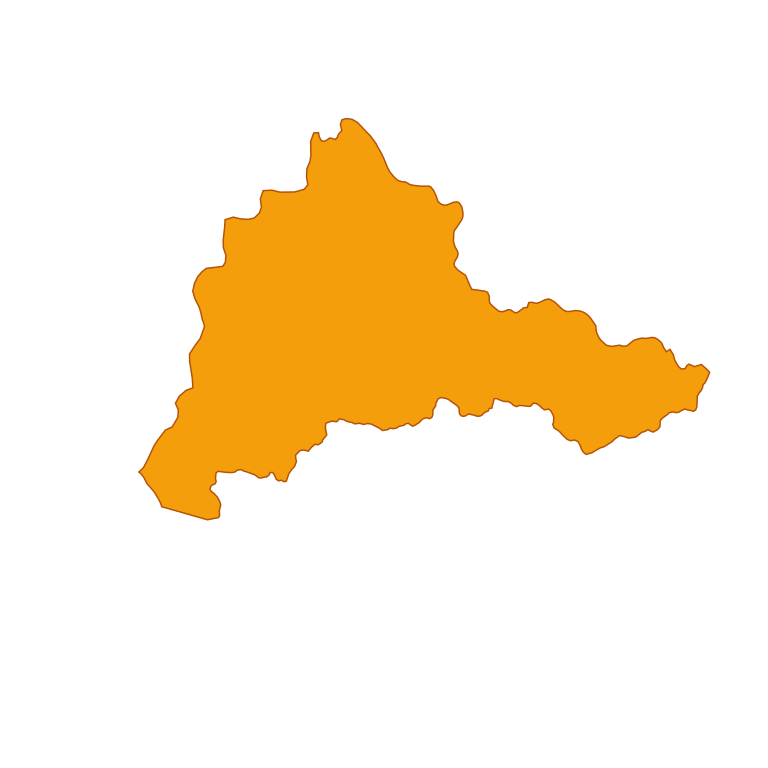 outline of Terra Santa, Pará, Brazil, rotated 137°
{"feature_id": "56859067B55626179561837", "entity_name": "Terra Santa", "entity_type": "district", "adm_level": 2, "iso_a3": "BRA", "parent_name": "Brazil", "parent_adm1": "Pará", "projection": "robinson", "projection_center": [-56.49, -1.905], "detail": "fine", "context": "isolated", "style": "filled", "palette": "amber", "viewbox_px": 768, "rotation_deg": 137, "n_neighbors": 0, "source": "geoboundaries", "source_scale": "gbopen_adm2", "svg_char_len": 4875}
<svg xmlns="http://www.w3.org/2000/svg" viewBox="0 0 768 768"><g transform="rotate(137 384 384)"><path d="M623.3,486.8L622.9,483.4L623.4,479.4L625.3,472.8L625.6,461.8L627.6,452.6L628.6,449.5L630.2,445.7L605.7,405.1L596.4,399.3L594.2,399.7L590.6,403.9L586.4,406.5L584.7,408.9L583.0,414.9L583.0,420.0L583.6,423.1L583.1,425.7L580.7,427.2L578.3,427.3L575.8,426.2L573.3,427.1L571.8,429.7L567.7,433.4L565.0,433.4L559.6,426.9L555.5,422.8L553.2,421.4L550.5,421.1L548.5,420.1L546.7,418.6L546.0,416.1L544.4,413.5L540.4,405.6L539.5,400.6L537.6,398.8L535.0,397.5L533.1,396.1L530.0,395.8L527.9,396.9L525.9,395.4L526.0,392.8L527.8,387.8L527.0,384.9L524.4,383.4L523.9,380.9L521.7,379.5L514.7,383.4L508.7,384.5L505.6,384.7L500.8,387.1L499.2,389.9L497.2,392.3L490.8,392.6L487.8,390.6L485.1,386.5L480.3,387.2L475.8,387.0L473.5,384.4L469.3,383.7L466.8,384.9L460.6,385.8L457.3,391.1L455.0,393.7L453.1,394.9L447.6,392.5L444.2,388.6L440.5,388.9L437.8,385.5L436.7,382.1L433.5,377.4L432.7,374.9L428.7,372.0L426.4,368.2L423.3,366.6L420.7,363.5L417.6,355.1L416.8,351.0L412.8,348.3L409.7,347.5L407.5,344.8L404.8,343.2L402.0,342.8L397.3,340.1L395.0,340.0L393.0,338.6L391.9,333.6L389.8,332.8L384.7,331.8L379.8,332.1L377.6,331.3L375.6,330.0L374.4,327.6L371.6,327.0L369.6,328.0L365.8,331.7L361.3,332.7L359.4,334.4L354.6,336.2L351.6,335.3L348.6,331.2L347.5,329.1L345.3,318.4L345.5,315.5L349.1,310.7L349.2,307.9L347.6,305.8L345.3,304.9L342.7,304.5L339.5,300.0L338.1,297.2L335.8,295.1L333.5,294.4L331.2,294.7L329.0,294.3L326.3,293.2L323.6,294.3L321.7,292.8L313.4,298.1L311.5,296.5L310.2,293.2L308.2,289.5L305.1,286.4L304.0,283.2L303.9,280.5L302.5,277.1L299.2,275.7L293.3,268.8L291.3,267.7L288.4,268.3L286.1,266.3L285.1,263.0L284.9,258.8L284.2,255.6L280.9,253.6L280.2,251.0L281.5,245.9L282.7,243.7L286.1,240.4L288.1,239.5L289.6,235.7L288.1,230.2L288.1,223.6L287.8,218.7L286.4,215.4L282.8,213.0L281.4,209.7L282.2,206.0L284.0,201.7L284.8,197.7L284.1,194.6L278.6,191.8L274.4,191.0L269.2,189.7L265.7,188.0L256.5,186.3L252.9,186.4L246.8,185.6L243.8,181.0L242.2,177.9L237.7,174.5L235.5,173.4L228.6,172.9L224.9,171.1L222.3,170.8L220.1,165.4L216.2,164.3L214.0,164.1L211.1,164.7L207.2,168.7L203.7,169.2L197.9,168.4L194.8,168.4L191.5,166.4L190.3,164.2L188.2,162.6L181.4,160.8L176.1,152.9L173.7,152.5L170.7,154.0L163.2,161.4L159.6,162.6L157.0,162.8L153.5,164.1L151.2,165.9L148.5,165.9L144.4,167.4L137.8,170.5L137.9,174.9L138.6,181.8L145.0,184.9L147.5,190.6L149.6,190.9L153.4,190.0L156.3,192.1L156.7,195.4L156.3,198.2L155.0,203.3L152.4,208.2L151.2,214.3L155.5,215.1L154.8,219.3L153.0,224.5L153.1,227.9L153.7,231.3L154.8,233.7L156.6,235.6L159.3,237.2L161.9,239.2L164.3,241.9L168.3,244.1L171.4,245.5L174.9,245.9L180.4,246.2L183.5,248.7L185.2,251.7L191.8,256.1L194.9,260.6L195.6,268.1L195.0,271.8L193.6,276.3L192.1,278.7L189.4,282.1L188.0,291.3L187.9,295.1L188.7,298.9L189.7,301.6L190.9,303.7L193.8,307.1L198.6,310.3L200.9,312.4L202.5,316.1L203.3,327.3L204.4,331.3L205.5,333.8L208.7,335.8L214.1,337.4L217.6,339.1L220.0,342.8L222.6,344.8L227.1,342.3L229.7,344.4L234.8,344.9L237.9,345.4L239.7,346.9L240.9,351.8L242.8,353.9L245.4,354.7L248.3,356.2L250.4,359.0L251.1,364.3L251.5,367.3L251.4,371.0L250.1,373.3L247.1,376.4L245.8,380.4L246.8,382.9L251.5,388.9L255.2,393.3L254.4,396.4L251.9,403.3L250.2,407.9L251.3,412.4L252.3,417.2L252.1,422.1L250.6,424.3L248.0,425.7L245.4,426.3L243.2,427.2L241.1,428.6L239.6,431.1L238.7,435.2L237.1,439.0L235.4,441.6L233.7,443.1L230.1,446.8L227.9,448.2L223.7,449.0L215.9,450.9L212.6,452.3L210.2,454.5L208.3,457.2L206.3,460.4L205.4,465.5L206.8,467.8L209.4,469.6L212.4,470.6L216.7,472.5L218.3,474.0L219.7,477.0L220.0,481.0L218.0,485.1L216.4,489.6L215.7,492.0L215.4,496.1L216.4,498.3L221.9,503.3L225.4,507.3L227.7,510.2L229.1,512.4L230.5,517.2L232.8,519.4L235.1,523.6L235.5,528.9L235.1,535.0L234.0,539.3L232.8,542.7L230.4,548.8L228.5,554.9L226.7,562.6L225.9,565.0L224.7,575.3L224.9,578.7L225.0,593.0L226.7,599.0L229.0,602.1L231.1,604.2L234.6,605.9L239.0,603.4L240.9,600.0L242.2,598.0L244.7,598.0L247.1,597.6L249.8,596.3L252.8,596.0L254.5,599.0L256.0,601.0L259.5,601.4L262.0,602.1L263.9,604.5L262.8,609.0L260.5,612.5L264.1,615.5L272.1,611.5L281.4,601.2L286.2,597.4L293.7,593.9L299.5,588.2L303.9,581.6L309.5,580.8L318.3,585.3L329.2,595.2L333.7,602.1L340.5,607.8L345.8,605.0L348.1,603.8L353.1,596.9L358.6,594.0L365.7,593.9L371.1,597.1L376.3,602.6L378.6,606.0L380.4,608.8L388.2,612.5L393.0,607.9L404.0,598.4L408.6,593.1L411.9,585.8L417.1,581.2L421.8,580.0L435.0,589.7L440.6,590.2L446.6,589.6L453.7,587.0L457.5,584.4L460.6,582.3L464.2,575.0L465.9,569.2L466.8,566.1L469.3,561.1L472.8,555.3L473.9,552.5L475.8,548.6L487.4,542.6L495.6,541.1L505.7,538.6L510.5,533.4L520.1,519.2L526.4,511.5L532.9,514.3L537.9,514.5L541.9,514.7L549.7,512.1L552.1,505.3L557.5,500.2L568.1,497.1L575.3,499.4L588.5,497.1L594.7,495.5L608.1,490.0L617.1,486.8L623.3,486.8Z" fill="#f59e0b" stroke="#b45309" stroke-width="1.5"/></g></svg>